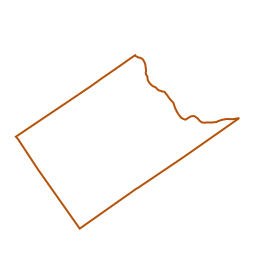 Carroll, Illinois, United States of America, rotated 146°
{"feature_id": "52423323B13226465983213", "entity_name": "Carroll", "entity_type": "district", "adm_level": 2, "iso_a3": "USA", "parent_name": "United States of America", "parent_adm1": "Illinois", "projection": "albers", "projection_center": [-90.126, 42.064], "detail": "fine", "context": "isolated", "style": "outline", "palette": "amber", "viewbox_px": 256, "rotation_deg": 146, "n_neighbors": 0, "source": "geoboundaries", "source_scale": "gbopen_adm2", "svg_char_len": 874}
<svg xmlns="http://www.w3.org/2000/svg" viewBox="0 0 256 256"><g transform="rotate(146 128 128)"><path d="M224.3,71.6L155.0,73.0L153.0,72.8L98.6,72.8L30.2,74.0L36.2,76.7L41.2,80.3L45.2,82.1L49.4,83.3L51.1,83.4L55.8,85.9L59.1,88.2L61.6,89.6L63.6,91.3L64.2,92.7L64.6,94.2L64.9,96.9L66.1,100.3L67.3,101.5L69.5,102.5L70.4,102.6L75.5,102.7L76.5,103.8L78.0,106.2L78.3,107.5L78.5,110.5L78.4,113.6L77.8,118.3L76.3,123.3L77.1,128.7L77.2,133.6L77.5,137.3L77.8,138.0L79.2,139.1L80.6,141.1L81.5,142.1L81.7,142.6L82.0,143.8L82.2,145.4L82.5,146.5L83.9,148.6L84.7,151.1L85.0,153.5L84.9,156.5L83.2,159.8L83.1,162.6L82.4,163.9L80.8,165.6L78.2,170.9L77.6,173.1L77.3,176.1L77.7,177.7L78.6,179.4L79.8,180.5L81.1,182.7L81.4,183.5L81.4,184.4L108.7,183.9L123.0,183.8L132.2,183.5L135.1,183.4L225.8,183.5L225.4,180.5L225.8,143.7L224.3,71.6Z" fill="none" stroke="#b45309" stroke-width="2"/></g></svg>